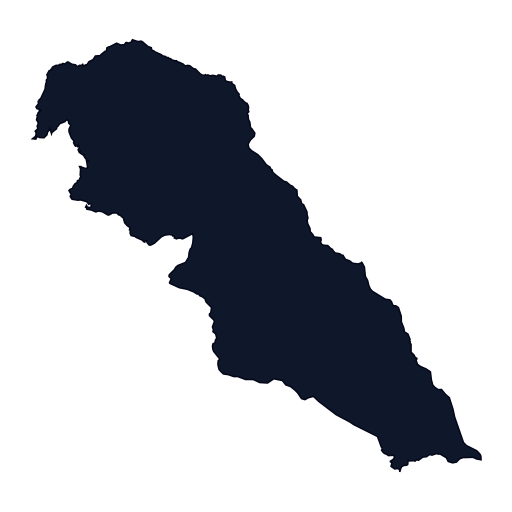 the district of San Miguel de Urcuqui, Imbabura, Ecuador, rotated 179°
{"feature_id": "8360857B34555635043771", "entity_name": "San Miguel de Urcuqui", "entity_type": "district", "adm_level": 2, "iso_a3": "ECU", "parent_name": "Ecuador", "parent_adm1": "Imbabura", "projection": "albers", "projection_center": [-78.284, 0.578], "detail": "fine", "context": "isolated", "style": "filled", "palette": "ink", "viewbox_px": 512, "rotation_deg": 179, "n_neighbors": 0, "source": "geoboundaries", "source_scale": "gbopen_adm2", "svg_char_len": 6057}
<svg xmlns="http://www.w3.org/2000/svg" viewBox="0 0 512 512"><g transform="rotate(179 256 256)"><path d="M459.7,444.8L462.0,440.7L461.4,439.7L461.4,437.0L462.6,435.5L462.5,433.3L463.2,432.1L464.1,426.3L468.6,417.1L470.1,416.1L470.1,415.1L471.1,414.5L470.9,412.0L473.4,408.9L472.5,407.1L470.4,406.6L470.1,405.3L468.8,405.7L468.6,405.3L470.4,404.2L470.4,403.5L471.4,403.0L471.8,401.3L472.6,400.5L472.1,399.8L473.1,395.9L472.1,394.5L471.4,392.0L472.6,389.7L471.9,387.1L474.6,384.7L474.0,384.0L473.7,381.9L474.4,379.5L477.5,377.1L474.1,376.7L472.5,379.4L470.3,378.2L465.9,377.9L462.9,380.8L462.2,383.6L460.8,385.2L460.0,387.3L458.3,381.8L458.0,382.9L453.3,386.6L452.7,388.6L451.2,389.8L450.3,391.5L444.6,393.7L444.2,394.5L442.3,395.6L441.0,393.8L441.0,392.1L438.9,390.0L440.8,386.0L440.8,383.4L438.5,377.2L435.8,373.9L436.5,372.6L435.4,370.0L434.5,368.9L433.1,369.2L432.5,370.0L432.2,368.4L431.2,368.9L430.8,368.6L430.7,367.7L432.0,365.3L431.1,363.1L430.2,363.6L430.7,362.6L430.2,362.1L427.1,360.0L426.3,360.4L426.4,359.2L424.8,356.4L424.1,356.3L423.9,354.3L420.8,354.1L423.6,353.1L422.8,347.0L425.2,346.5L427.7,347.6L428.5,347.5L429.4,348.5L430.9,348.5L429.9,346.2L430.4,339.9L429.7,338.8L431.8,334.6L433.2,334.5L433.6,332.6L435.6,331.5L437.5,329.0L438.2,326.9L440.9,325.8L441.9,324.7L439.4,320.1L440.6,319.4L440.6,318.4L438.9,315.9L433.2,314.9L430.5,315.1L424.1,313.2L422.4,310.6L421.2,311.2L419.8,310.8L420.1,308.0L421.3,307.3L423.8,307.9L424.6,309.6L425.6,307.8L424.5,307.0L424.3,305.7L420.0,304.9L415.3,302.8L413.1,303.7L409.1,303.0L403.2,299.5L401.6,299.8L399.0,301.4L394.6,301.5L392.7,299.6L390.2,298.7L390.0,297.8L388.1,296.6L386.7,291.4L384.1,288.4L381.9,286.9L381.6,285.4L382.1,284.4L381.3,284.0L381.5,281.0L380.5,278.6L376.7,277.7L375.6,276.7L369.4,273.8L368.2,272.3L367.0,271.8L367.0,273.1L365.1,273.2L365.4,272.9L364.6,271.3L362.7,268.8L361.1,268.7L357.4,270.5L350.3,276.8L347.0,278.4L342.2,279.0L339.3,278.4L339.0,277.5L337.4,277.6L337.3,275.3L336.2,275.3L335.5,274.5L332.5,275.3L329.0,274.4L318.9,279.5L318.4,275.8L319.0,270.1L320.4,265.3L321.6,264.2L322.8,260.8L323.4,255.9L326.6,250.8L334.3,247.9L336.4,246.2L337.9,243.7L342.4,239.5L343.3,238.3L343.3,236.9L341.1,234.9L343.0,230.8L342.4,230.0L333.2,225.6L325.3,223.9L318.7,221.1L315.9,219.1L314.1,218.9L313.0,217.3L310.3,216.1L307.8,214.1L306.6,210.7L301.4,205.3L302.2,200.2L303.5,198.9L303.7,197.8L303.4,196.9L299.5,193.0L298.7,191.5L300.8,185.8L299.9,183.0L300.4,181.1L297.7,178.8L296.7,174.6L298.0,172.7L298.6,169.9L300.6,168.9L301.1,166.6L300.8,163.7L300.0,161.3L294.0,153.6L295.7,151.8L296.0,148.0L294.9,143.1L292.0,139.9L290.6,138.6L285.7,137.8L280.3,135.8L276.5,135.8L268.6,132.7L260.8,132.5L254.5,129.4L246.7,128.8L240.3,132.9L231.8,131.0L228.5,126.6L223.7,124.8L219.6,121.4L216.8,118.5L213.0,112.6L209.6,111.5L206.0,113.4L201.0,114.6L195.6,109.3L178.6,95.9L164.9,88.3L161.1,85.6L137.7,73.4L134.0,62.7L133.3,62.2L133.2,60.6L133.9,59.8L132.9,58.1L131.2,56.4L128.5,55.2L127.2,54.1L122.0,54.3L121.3,53.3L121.2,52.1L122.1,50.5L125.3,48.4L125.1,47.7L123.6,47.3L124.7,43.3L121.0,40.6L118.7,41.0L116.8,40.5L116.2,39.6L116.0,37.6L114.8,41.5L113.7,43.1L111.5,44.0L108.9,44.2L107.9,45.0L107.5,48.8L106.3,48.4L102.0,48.6L100.6,48.1L98.9,49.5L97.1,48.9L92.7,52.0L89.1,52.3L85.8,54.5L83.5,53.8L78.9,55.3L77.2,54.7L75.4,54.8L69.2,50.9L67.4,47.2L63.0,45.7L59.2,46.4L56.0,49.6L52.6,50.8L42.5,50.9L39.0,49.2L34.5,48.3L34.6,51.9L35.3,53.6L36.9,55.6L38.8,57.5L48.9,62.8L51.8,65.9L60.2,91.6L61.8,99.7L65.2,111.0L68.9,114.3L72.9,119.3L76.3,119.3L79.4,121.5L81.5,123.9L82.8,129.1L83.6,137.1L88.0,140.2L93.5,142.7L96.4,144.9L97.8,149.1L96.9,150.3L97.0,150.9L98.6,151.9L99.7,154.2L102.6,157.2L102.5,165.1L103.7,166.7L103.2,167.5L103.8,168.6L103.4,170.0L105.5,175.4L108.9,177.6L109.4,181.2L111.8,187.6L111.8,193.3L114.5,202.0L117.1,203.8L119.1,203.9L120.1,204.6L121.3,207.9L122.8,209.8L127.5,210.6L140.1,218.6L142.3,221.1L143.7,224.5L144.8,229.6L147.0,233.7L147.8,243.1L150.1,247.6L150.5,247.9L151.4,247.1L154.2,246.3L159.5,247.1L162.4,249.5L166.7,251.2L169.0,255.2L170.4,255.4L172.2,256.8L176.8,257.7L179.0,260.2L179.4,261.3L181.1,262.2L184.0,265.2L188.1,265.6L190.2,266.5L191.2,269.0L190.5,271.0L190.9,273.2L197.5,274.0L198.9,276.6L201.4,279.5L201.5,282.5L203.8,287.6L204.2,290.8L203.4,293.2L204.2,296.5L204.2,299.1L207.5,306.5L209.4,307.5L210.3,311.4L213.7,315.1L213.9,321.1L216.4,322.9L218.2,325.1L220.7,326.3L224.2,329.5L226.7,330.2L235.1,336.9L237.8,339.4L238.4,341.9L240.0,343.0L240.3,344.5L244.1,347.1L248.6,353.4L252.4,357.3L258.6,361.4L261.2,364.2L261.9,367.5L261.3,369.2L259.4,372.2L255.6,375.8L255.0,378.9L258.0,383.4L258.5,383.4L259.3,385.2L259.8,389.9L261.2,392.9L261.4,396.7L262.1,398.4L262.0,399.4L260.7,400.3L261.2,402.6L260.8,404.7L261.2,406.6L262.3,408.8L263.6,409.2L265.7,411.2L266.6,411.4L266.5,412.3L268.9,413.9L270.3,416.6L270.0,418.1L272.0,420.5L273.6,423.7L274.3,426.9L277.0,428.9L277.2,430.5L279.0,430.3L282.8,431.3L283.7,432.5L284.1,435.5L285.4,436.3L286.3,436.0L288.0,437.5L290.7,437.7L291.4,436.6L292.0,436.5L295.8,437.4L299.1,437.0L300.9,438.0L302.3,437.5L303.5,438.2L304.2,437.6L306.4,437.8L308.6,439.1L313.2,444.0L315.4,444.5L318.8,447.4L321.0,447.8L323.7,447.3L325.2,449.0L329.1,451.0L330.1,451.0L331.2,452.0L331.8,451.9L332.2,452.7L333.5,452.6L337.1,453.7L337.7,454.7L340.0,455.3L340.2,455.9L342.3,456.1L342.7,457.0L345.7,457.7L347.3,459.0L354.2,462.3L354.6,463.0L355.9,463.2L356.9,464.7L357.0,466.1L360.3,467.3L365.8,472.2L367.3,472.9L369.5,472.5L371.3,472.8L375.8,474.4L377.3,471.8L380.3,471.1L381.4,471.8L382.6,471.5L384.0,469.3L385.9,469.6L387.1,469.2L391.7,471.2L398.4,467.9L399.6,467.7L401.4,466.8L402.0,463.6L403.4,463.3L407.5,460.1L408.1,459.1L413.1,458.8L415.5,455.2L419.7,453.2L421.6,450.3L423.4,450.0L424.5,448.9L425.1,449.0L425.9,450.7L427.1,449.7L429.4,449.7L430.5,448.7L431.5,448.7L433.1,450.3L436.7,451.0L440.7,453.4L442.2,452.7L443.3,451.3L445.8,451.9L447.3,450.9L448.6,451.1L448.8,450.3L449.8,450.5L451.4,449.9L452.4,450.2L455.8,448.7L456.5,448.1L456.7,446.6L457.4,446.6L458.3,445.4L459.7,444.8Z" fill="#0f172a" stroke="#020617" stroke-width="1.5"/></g></svg>